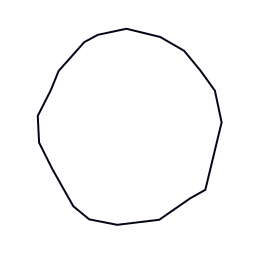 Nakhchivan City, Naxçıvan, Azerbaijan, rotated 281°
{"feature_id": "54616110B79262118902245", "entity_name": "Nakhchivan City", "entity_type": "district", "adm_level": 2, "iso_a3": "AZE", "parent_name": "Azerbaijan", "parent_adm1": "Naxçıvan", "projection": "natural_earth1", "projection_center": [45.413, 39.213], "detail": "fine", "context": "isolated", "style": "outline", "palette": "ink", "viewbox_px": 256, "rotation_deg": 281, "n_neighbors": 0, "source": "geoboundaries", "source_scale": "gbopen_adm2", "svg_char_len": 422}
<svg xmlns="http://www.w3.org/2000/svg" viewBox="0 0 256 256"><g transform="rotate(281 128 128)"><path d="M141.2,42.4L122.7,37.1L96.7,43.5L73.2,61.6L56.2,76.1L40.7,89.3L30.9,107.4L30.9,135.9L43.9,176.2L70.7,202.3L82.1,215.7L150.7,218.8L151.2,218.9L181.2,206.2L198.3,188.0L214.5,168.3L223.5,142.2L225.1,107.4L213.7,80.6L204.0,68.7L170.7,49.0L150.3,45.0L141.2,42.4Z" fill="none" stroke="#020617" stroke-width="2"/></g></svg>